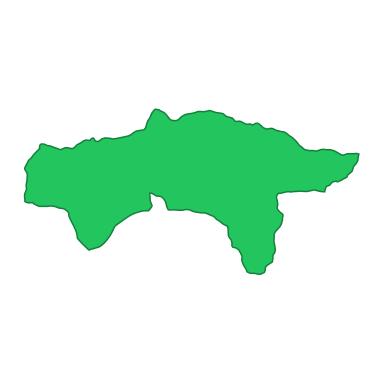 the district of Chapchha, Chhukha, Bhutan, rotated 89°
{"feature_id": "84629894B72576514572529", "entity_name": "Chapchha", "entity_type": "district", "adm_level": 2, "iso_a3": "BTN", "parent_name": "Bhutan", "parent_adm1": "Chhukha", "projection": "albers", "projection_center": [89.567, 27.211], "detail": "fine", "context": "isolated", "style": "filled", "palette": "green", "viewbox_px": 384, "rotation_deg": 89, "n_neighbors": 0, "source": "geoboundaries", "source_scale": "gbopen_adm2", "svg_char_len": 6083}
<svg xmlns="http://www.w3.org/2000/svg" viewBox="0 0 384 384"><g transform="rotate(89 192 192)"><path d="M248.3,295.6L247.7,295.0L247.2,292.6L246.1,288.7L245.5,286.4L245.2,285.6L244.4,284.2L243.9,283.6L242.9,282.3L241.3,280.5L239.5,278.8L237.7,277.3L235.7,275.8L233.7,274.4L231.7,273.2L228.8,271.6L226.6,270.6L225.9,270.3L225.2,269.8L224.6,269.3L224.1,268.7L223.1,267.4L220.4,263.4L217.6,259.4L215.4,256.0L214.2,253.9L213.1,251.7L212.8,251.0L212.2,249.5L210.8,244.8L210.4,243.2L210.3,242.4L210.1,241.6L210.0,240.0L209.9,237.6L210.0,236.8L210.0,236.0L209.6,235.3L208.3,234.3L207.1,233.3L206.4,232.8L205.7,232.4L204.9,232.2L204.1,232.4L203.4,232.7L201.9,233.3L201.2,233.6L200.4,233.8L199.6,233.9L195.5,234.1L193.1,234.4L192.4,234.2L192.3,233.4L192.5,232.7L192.8,231.9L193.5,230.5L194.0,229.8L194.9,228.5L195.3,227.8L195.5,227.0L195.5,226.2L195.5,225.4L195.6,224.5L195.8,223.8L196.2,223.0L196.5,222.3L197.0,221.7L197.6,221.1L198.9,220.1L200.2,219.2L200.9,218.9L201.7,218.6L203.3,218.1L205.6,217.6L206.4,217.4L207.9,216.8L208.6,216.5L209.3,216.0L209.6,215.2L209.6,213.6L209.5,211.2L209.5,210.4L210.0,204.7L210.1,203.1L210.0,202.3L210.0,201.5L209.5,199.1L209.5,198.3L209.4,197.5L209.5,196.7L209.6,195.9L209.8,195.1L210.0,194.3L211.1,192.1L211.4,191.4L211.8,189.8L212.2,188.2L212.6,185.8L213.0,183.4L213.1,182.6L213.1,180.2L213.2,179.4L213.4,178.6L213.7,177.8L214.0,177.1L215.4,174.2L216.3,171.9L216.7,171.2L217.1,170.5L217.6,169.8L218.2,169.3L218.8,168.8L219.4,168.3L219.9,167.7L221.7,164.9L222.2,164.3L223.8,162.5L224.3,161.9L224.8,161.2L225.2,160.5L225.9,159.0L226.5,157.5L227.2,157.2L228.7,156.6L231.0,156.5L232.8,156.5L236.1,156.4L238.2,155.5L240.4,153.8L241.8,153.3L244.2,152.9L246.0,153.1L246.8,152.9L247.9,152.2L248.8,148.8L250.5,146.5L251.9,145.6L254.6,144.2L257.0,143.2L258.7,143.0L259.8,143.5L261.7,143.3L266.2,141.7L269.6,139.6L272.8,138.3L274.2,135.5L274.5,130.9L274.7,129.3L275.3,127.7L275.4,124.9L273.6,121.0L271.6,120.2L268.2,119.8L266.5,117.9L263.3,112.9L259.7,112.2L256.7,112.2L254.2,110.4L250.9,109.6L242.6,111.0L238.8,110.6L235.6,110.7L233.1,109.3L228.2,104.7L225.6,103.2L222.7,102.4L221.7,102.0L219.8,102.1L217.3,101.4L215.8,101.7L214.3,103.7L211.1,106.6L209.2,107.2L206.3,106.5L202.6,106.8L198.9,107.7L196.7,107.2L194.9,105.7L194.8,103.3L193.9,99.6L193.3,96.0L193.7,93.2L193.3,89.8L193.3,87.3L193.0,84.2L193.3,81.2L193.5,77.1L192.7,72.8L192.0,69.9L193.6,64.1L194.0,61.3L194.1,59.3L193.3,59.2L188.9,57.7L187.5,54.1L185.7,52.7L184.3,50.9L183.7,47.8L184.4,46.4L182.8,42.3L181.3,40.1L180.8,38.4L179.7,36.8L177.3,35.8L176.2,34.1L174.2,31.7L172.7,31.0L169.6,30.1L168.7,29.5L166.8,27.6L163.6,25.7L160.4,25.3L157.0,24.5L156.6,25.5L156.3,26.7L156.6,30.7L156.4,33.2L156.5,35.7L156.8,37.1L157.4,38.9L157.8,40.2L157.7,40.7L157.6,41.5L157.1,42.5L156.3,44.0L155.1,45.9L154.0,47.8L153.1,49.7L152.7,51.0L152.3,52.3L152.1,53.1L152.1,56.9L152.0,57.6L151.7,58.8L151.6,60.7L151.8,61.7L152.0,63.0L152.2,63.5L152.5,64.0L153.2,67.4L153.2,68.1L152.7,69.7L152.6,73.7L152.5,74.9L152.2,76.0L152.0,77.1L151.8,77.9L151.2,79.1L150.7,79.7L150.1,80.3L149.4,81.1L148.1,82.6L147.7,83.4L146.2,84.7L145.2,85.3L143.9,86.3L142.0,87.9L141.5,88.6L140.1,89.9L138.6,91.8L138.0,92.8L137.3,93.8L135.2,96.2L134.1,97.8L133.7,98.5L133.5,99.3L133.0,102.6L132.6,103.6L132.3,104.7L132.2,105.5L131.8,106.7L131.5,107.4L130.4,109.3L130.2,110.0L129.9,110.6L129.8,112.0L129.8,112.6L130.2,114.7L130.3,115.4L130.2,116.6L130.1,117.1L129.4,118.6L129.1,119.3L128.6,120.0L126.8,121.8L125.6,123.2L124.9,124.2L124.6,124.8L124.3,126.3L124.4,126.8L124.6,127.4L124.9,128.1L125.5,128.9L125.8,129.6L125.9,130.5L125.2,131.9L125.0,133.3L125.2,135.2L125.1,136.9L123.5,139.9L122.3,142.1L122.0,143.6L122.3,146.6L121.9,147.6L118.8,150.4L118.0,153.1L117.6,154.7L117.4,155.5L116.6,157.0L114.9,158.7L114.2,159.8L113.7,161.8L113.5,163.3L112.9,166.9L111.9,169.6L111.1,172.0L110.9,173.0L111.0,174.3L111.3,175.1L111.8,177.6L111.9,179.4L111.7,181.4L111.6,184.5L112.7,187.8L113.3,190.2L113.7,193.1L114.0,195.4L114.2,196.1L114.5,197.5L115.4,199.4L116.1,200.5L117.2,202.0L119.2,204.1L120.1,205.5L120.1,206.0L120.4,207.2L120.3,208.5L120.1,210.4L119.6,211.9L118.4,213.2L117.3,214.1L115.5,215.4L114.7,216.0L113.5,217.1L112.1,218.5L110.7,221.2L110.3,222.2L109.4,223.3L109.0,224.9L108.6,227.5L109.7,228.6L112.6,230.9L117.0,232.8L119.9,234.8L122.5,235.9L126.8,237.2L129.0,238.9L129.4,242.1L130.1,246.7L132.3,250.4L133.5,251.8L134.7,254.1L135.4,257.3L137.3,267.3L137.6,270.7L136.9,272.6L136.8,274.1L136.4,278.0L137.4,281.5L139.0,283.2L139.8,285.2L139.5,287.7L137.2,288.9L136.3,289.9L136.8,291.5L138.7,293.2L138.2,297.0L138.9,299.5L140.5,301.6L142.9,306.3L145.2,308.5L146.5,310.5L146.2,313.5L145.7,314.6L145.5,315.8L145.5,317.6L146.1,319.7L147.2,322.0L147.4,322.9L146.1,326.1L144.5,330.5L143.5,332.8L143.0,336.0L141.9,338.0L141.6,339.0L141.3,341.6L141.9,342.7L142.5,343.2L143.2,343.5L144.0,343.6L144.8,343.7L145.6,343.5L146.2,344.0L146.8,344.5L148.5,346.3L150.8,348.6L152.0,349.7L153.9,351.2L155.2,352.2L156.8,354.1L157.3,354.6L158.0,355.1L160.1,356.2L163.0,357.8L164.4,358.5L165.2,358.8L166.0,358.9L166.7,358.6L169.5,357.0L170.3,356.7L171.1,356.5L171.9,356.4L172.7,356.4L175.1,356.6L176.7,356.7L179.1,357.1L181.5,357.6L182.3,357.7L183.1,357.8L183.9,357.6L184.7,357.4L185.5,357.3L186.3,357.5L187.0,357.7L190.8,359.2L191.6,359.4L192.4,359.5L193.2,359.5L194.0,359.5L196.4,359.2L197.3,359.2L198.1,359.3L198.8,359.1L199.2,358.4L199.7,356.8L200.1,355.2L200.0,354.4L200.0,353.6L199.9,352.1L199.9,351.5L200.3,350.9L200.8,350.5L201.3,350.1L202.0,348.6L203.1,346.4L203.4,345.7L203.7,344.9L203.8,340.1L203.9,338.4L203.8,336.8L203.5,333.6L203.5,332.8L203.6,332.0L203.7,331.2L203.9,330.4L204.3,328.8L205.5,325.8L205.8,325.0L205.9,324.2L206.2,321.8L206.4,321.0L206.7,320.3L207.1,319.5L207.5,318.8L208.0,318.2L208.6,317.5L209.1,316.9L209.7,316.4L210.4,316.0L211.1,315.7L213.6,315.5L214.4,315.3L215.1,315.0L216.6,314.4L218.8,313.4L224.6,310.5L226.1,309.9L227.6,309.2L229.9,308.4L231.4,308.0L233.8,307.6L235.5,307.5L236.2,307.3L236.9,306.9L237.5,306.4L240.0,304.2L240.6,303.7L247.5,296.9L248.0,296.2L248.3,295.6Z" fill="#22c55e" stroke="#15803d" stroke-width="1.5"/></g></svg>